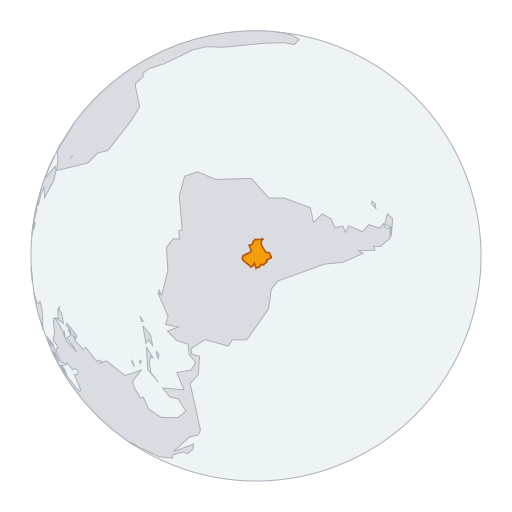 Santa Cruz on an orthographic globe, rotated 249°
{"feature_id": "BOL-1940", "entity_name": "Santa Cruz", "entity_type": "Department", "adm_level": 1, "iso_a3": "BOL", "parent_name": "Bolivia", "parent_adm1": "", "projection": "orthographic", "projection_center": [-61.708, -16.97], "detail": "fine", "context": "on_globe", "style": "filled", "palette": "amber", "viewbox_px": 512, "rotation_deg": 249, "n_neighbors": 0, "source": "natural_earth", "source_scale": "10m", "svg_char_len": 7663}
<svg xmlns="http://www.w3.org/2000/svg" viewBox="0 0 512 512"><g transform="rotate(249 256 256)"><circle cx="256" cy="256" r="225" fill="#eef3f6" stroke="#a8b0b8"/><path d="M200.1,37.8L201.2,37.5L207.7,36.0L206.8,36.3L212.7,34.9L212.4,35.0L218.1,33.9L216.1,34.3L217.9,34.0L216.1,34.4L219.2,33.8L218.2,34.4L224.7,33.0L228.6,32.7L226.5,33.4L219.5,34.4L197.1,40.8L192.8,43.0L193.7,44.4L210.8,44.0L209.0,46.4L211.9,48.9L216.2,46.7L215.5,44.1L224.2,41.2L222.3,39.1L225.5,37.9L226.5,35.9L234.1,35.2L241.1,35.9L240.7,37.8L243.7,38.4L250.4,36.3L255.8,40.2L270.0,44.2L270.5,45.7L260.2,48.3L244.2,48.5L230.8,54.5L247.4,49.9L248.5,55.0L252.0,55.8L256.5,55.5L259.2,53.6L261.2,55.5L245.6,60.0L243.5,58.3L248.5,56.7L241.0,57.1L230.4,61.4L231.8,64.2L214.5,69.7L215.2,72.0L211.9,74.9L211.8,70.6L211.6,78.8L191.4,90.8L190.7,107.9L182.9,95.6L174.8,95.4L164.9,97.5L164.6,100.2L151.9,100.8L139.4,109.5L133.1,124.7L136.2,135.0L150.4,132.2L155.4,124.9L166.3,121.6L156.9,140.8L175.6,140.3L172.8,154.7L178.1,161.5L187.9,158.3L197.9,160.9L205.5,151.8L217.6,146.4L217.4,158.1L224.5,147.0L231.0,152.3L255.3,151.3L253.4,154.0L273.8,168.4L296.5,175.7L301.8,185.1L299.0,190.6L307.0,192.8L307.1,196.6L339.3,205.8L356.0,217.9L355.6,231.6L341.9,245.7L330.1,279.5L305.6,288.8L299.9,303.1L281.6,324.0L266.7,321.7L271.5,333.0L263.6,339.5L254.1,339.9L252.9,347.8L245.9,348.1L250.9,353.3L240.6,364.0L244.8,372.7L237.6,381.5L240.6,386.7L237.4,386.6L234.4,388.7L234.5,391.7L224.4,387.2L220.3,375.7L222.9,369.6L218.8,368.9L224.2,353.6L220.1,356.8L219.0,334.9L223.9,316.8L224.8,267.6L219.6,258.5L202.2,248.8L181.1,217.4L186.2,203.5L181.8,197.9L196.2,178.3L192.8,162.4L187.8,160.7L182.6,167.3L165.9,159.6L160.6,148.8L113.5,141.8L109.5,137.9L110.9,129.2L103.0,108.9L102.8,130.5L98.2,127.8L96.0,121.0L99.1,117.8L100.2,107.4L97.2,105.7L103.4,93.6L122.2,75.5L122.0,76.4L126.6,72.6L127.1,71.5L126.3,71.9L129.2,69.8L145.8,59.5L163.2,50.7L181.4,43.4L200.1,37.8ZM188.8,114.2L210.4,121.1L197.4,123.4L200.0,121.4L194.7,118.2L184.6,116.1L173.4,119.6L188.8,114.2ZM200.1,103.1L196.3,102.8L200.1,102.4L200.1,103.1ZM125.2,72.6L126.6,71.8L124.5,74.0L122.8,74.8L125.2,72.6ZM222.2,36.5L224.3,36.2L223.0,36.7L222.2,36.5ZM220.6,36.1L217.7,36.9L216.5,36.8L218.3,36.3L220.6,36.1ZM224.5,35.2L214.8,36.7L212.8,36.7L218.1,34.9L224.5,35.2ZM210.9,35.3L211.1,35.2L208.9,35.7L210.9,35.3ZM241.7,396.9L225.5,389.0L234.4,392.4L239.5,387.6L248.4,393.9L241.7,396.9ZM257.2,384.8L263.8,382.5L265.7,384.0L261.6,386.0L257.2,384.8ZM416.0,97.4L407.9,89.7L404.9,88.4L411.8,100.6L407.8,100.0L399.6,94.9L386.3,79.6L396.7,82.9L392.2,78.5L380.9,70.6L385.0,72.6L381.7,70.1L384.7,71.5L380.3,68.1L398.9,81.8L416.0,97.4ZM465.2,339.5L460.0,351.5L458.4,354.0L453.8,362.4L448.7,369.2L442.7,373.9L439.7,367.5L444.8,359.3L451.4,340.9L462.8,299.8L469.2,284.7L471.1,271.2L468.3,238.2L469.3,223.6L467.2,215.9L463.7,215.0L460.6,205.9L458.0,204.3L437.1,200.9L427.3,188.3L407.6,155.5L408.9,145.3L403.1,132.3L407.2,100.1L414.7,104.6L425.5,108.4L428.1,111.1L434.1,119.3L446.2,135.2L454.5,149.4L461.7,164.1L467.8,179.3L472.8,194.9L476.7,210.8L479.4,226.9L480.9,243.2L481.3,259.6L480.4,276.0L478.3,292.2L475.1,308.3L470.8,324.1L465.2,339.5ZM413.7,117.4L415.4,120.9L415.4,121.0L413.7,117.4ZM256.1,151.2L259.0,153.5L255.1,153.5L256.1,151.2ZM195.3,128.0L200.0,127.8L202.4,129.2L198.7,130.1L195.3,128.0ZM235.9,125.5L241.5,126.3L235.5,127.3L235.9,125.5ZM213.8,122.0L231.4,125.3L219.8,129.1L208.8,127.3L216.6,125.8L213.8,122.0ZM197.1,109.1L200.0,109.6L198.9,111.5L197.1,109.1ZM202.9,102.8L201.7,103.1L200.4,101.8L202.9,102.8ZM249.4,54.7L250.7,54.4L255.2,54.5L252.8,55.4L249.4,54.7ZM276.6,51.4L279.2,54.7L275.7,52.7L272.9,54.0L262.0,52.1L270.2,46.5L268.4,49.1L276.6,51.4ZM249.8,48.8L255.7,50.1L248.9,48.9L249.8,48.8ZM360.4,57.2L364.4,59.2L367.6,61.3L365.3,61.5L360.7,58.1L360.4,57.2ZM369.3,61.7L355.4,54.0L356.2,54.2L358.1,55.3L360.0,56.2L363.6,58.2L377.9,66.7L381.7,69.3L375.6,67.0L375.5,66.0L371.6,63.8L369.3,61.7ZM325.1,41.6L326.5,42.0L324.6,41.7L318.2,40.0L318.5,39.9L312.5,38.2L320.7,40.2L325.1,41.6ZM235.8,32.5L232.9,32.8L233.0,32.7L235.6,32.2L235.8,32.5ZM238.4,31.4L248.7,31.3L245.9,31.5L255.8,32.0L252.3,33.0L246.0,32.4L250.8,33.9L243.7,33.9L247.8,35.0L234.1,33.8L228.0,34.4L236.1,33.3L239.5,32.3L239.1,32.1L233.3,32.0L221.7,33.4L222.2,33.3L233.4,31.9L233.8,31.8L238.4,31.4ZM302.1,35.5L290.9,34.7L289.5,36.0L291.3,38.1L281.5,36.7L273.5,34.2L267.8,32.1L270.5,31.5L265.6,31.3L265.5,31.1L269.4,31.3L263.3,30.9L264.2,30.9L263.6,30.8L283.0,32.3L302.1,35.5ZM431.8,115.1L432.0,115.4L426.6,109.0L427.7,110.2L428.1,110.6L431.8,115.1ZM415.8,97.7L416.2,97.9L421.5,103.6L420.3,102.6L415.8,97.7ZM411.8,93.4L415.8,97.5L412.9,94.7L411.8,93.4Z" fill="#d9dde1" stroke="#a8b0b8" stroke-width="1"/><path d="M270.2,268.0L269.9,268.2L269.7,268.2L269.7,268.3L269.5,268.5L269.4,268.5L269.2,268.6L269.2,268.4L269.2,268.1L269.2,267.9L269.1,267.7L269.1,267.4L266.0,265.3L265.8,265.2L265.7,265.2L262.3,265.2L256.7,266.4L255.9,266.5L255.3,267.9L255.1,268.3L254.9,268.7L254.1,269.8L250.2,269.8L250.1,269.7L249.9,269.4L249.8,269.5L249.7,269.5L249.4,269.7L249.4,269.8L249.2,269.7L248.9,269.7L248.6,268.0L248.6,267.8L248.4,265.1L248.4,264.8L248.4,264.2L248.2,264.2L247.9,264.2L247.8,264.5L247.7,264.7L247.4,264.7L247.2,264.0L247.1,263.9L246.9,263.8L246.7,263.8L246.7,263.6L246.5,263.4L246.4,263.4L246.4,263.2L246.3,262.8L246.2,262.7L246.3,262.6L246.4,262.4L246.3,262.1L246.2,262.0L246.1,261.9L245.9,261.8L245.9,261.7L245.8,261.4L245.7,261.3L245.7,261.2L245.5,260.9L245.4,260.8L245.4,260.7L245.2,260.6L245.2,260.4L245.0,260.2L244.8,259.9L244.8,259.7L245.2,259.2L245.3,259.1L245.9,258.2L246.0,258.0L246.1,257.9L246.3,257.8L246.6,257.8L246.6,257.7L246.5,257.4L246.3,257.2L246.0,256.9L245.9,256.8L245.7,256.7L245.4,256.6L245.2,256.3L245.0,256.2L244.6,255.8L244.5,255.7L244.5,255.4L244.4,255.3L244.4,255.2L244.4,254.9L244.5,254.7L244.4,254.6L244.5,254.4L244.6,254.2L244.8,253.8L244.8,253.7L244.7,253.7L244.8,253.5L244.7,253.5L244.7,253.4L244.8,253.3L244.8,253.2L244.8,252.9L244.8,252.7L244.7,252.5L244.7,252.4L244.8,252.3L244.8,252.2L244.7,252.2L244.6,251.9L244.8,252.0L244.8,251.9L244.7,251.8L244.8,251.8L244.8,251.7L249.8,251.9L249.7,251.8L249.5,251.7L249.5,251.4L249.4,251.3L249.3,251.2L249.2,251.0L249.1,250.9L248.9,250.8L248.7,250.8L248.6,250.6L248.5,250.3L248.5,250.2L248.4,250.2L248.2,250.1L247.8,249.5L247.7,249.1L247.6,248.9L247.5,248.6L247.5,248.4L247.5,248.1L247.5,247.6L247.4,247.3L247.6,247.2L248.9,246.8L254.4,243.6L256.4,242.4L256.5,242.4L256.6,242.5L256.8,242.6L257.0,242.5L257.4,242.3L257.5,242.4L257.8,242.5L257.9,242.4L258.1,242.4L258.3,242.3L258.5,242.2L258.6,242.3L258.6,242.5L258.8,242.5L259.0,242.6L259.5,242.8L260.0,243.2L260.2,243.3L260.3,243.3L260.6,243.5L260.8,243.7L260.8,243.8L260.8,244.0L261.0,244.1L260.9,244.2L261.0,244.2L261.0,244.3L261.0,244.6L260.9,244.6L260.7,244.8L260.7,245.0L260.7,245.3L260.8,245.5L261.0,245.7L261.1,246.0L261.2,246.3L261.1,246.5L261.3,246.7L261.4,246.8L261.5,248.6L261.4,248.7L260.3,248.7L260.5,248.8L261.5,250.1L261.6,250.3L261.7,252.2L261.8,253.1L261.8,253.3L262.0,253.3L268.2,253.6L268.3,253.6L268.5,253.4L268.7,253.8L268.6,254.0L268.6,254.3L268.2,254.7L268.2,254.8L268.2,255.0L268.2,255.4L268.2,255.6L268.2,255.8L268.2,256.0L268.3,256.1L268.3,256.4L268.3,256.5L268.4,257.0L268.5,257.3L268.8,257.4L268.9,257.5L269.0,257.5L269.2,257.8L269.3,257.8L269.5,257.9L269.5,258.0L269.9,258.2L270.0,258.3L270.4,258.3L270.5,258.3L270.7,258.5L270.7,258.9L270.7,259.0L270.8,259.1L270.9,259.3L271.0,259.4L271.0,259.5L270.9,259.6L271.2,260.2L271.4,260.7L271.5,260.9L271.7,261.0L271.8,261.0L271.6,261.2L270.6,263.8L270.8,263.8L270.8,264.1L270.8,264.3L270.6,264.3L269.7,266.1L269.3,267.0L270.2,268.0Z" fill="#f59e0b" stroke="#b45309" stroke-width="1.5"/></g></svg>